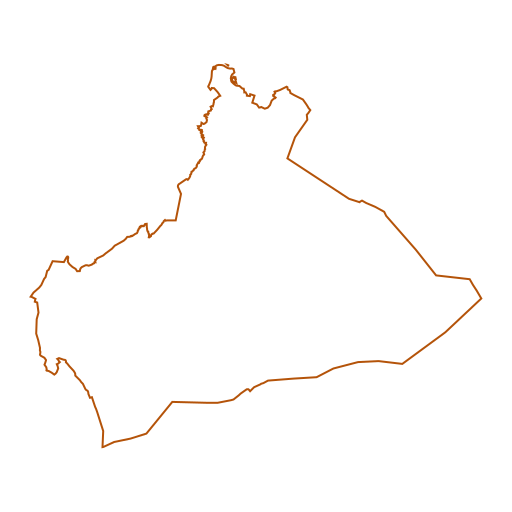 Melhus nor, Sør-Trøndelag, Norway (Albers equal-area conic projection)
{"feature_id": "86288312B97150685823203", "entity_name": "Melhus nor", "entity_type": "district", "adm_level": 2, "iso_a3": "NOR", "parent_name": "Norway", "parent_adm1": "Sør-Trøndelag", "projection": "albers", "projection_center": [10.176, 63.18], "detail": "fine", "context": "isolated", "style": "outline", "palette": "amber", "viewbox_px": 512, "rotation_deg": 0, "n_neighbors": 0, "source": "geoboundaries", "source_scale": "gbopen_adm2", "svg_char_len": 5888}
<svg xmlns="http://www.w3.org/2000/svg" viewBox="0 0 512 512"><path d="M30.7,296.7L31.6,296.9L35.5,298.9L35.3,299.4L34.8,301.7L37.2,302.5L38.5,312.6L36.7,319.2L36.2,333.6L38.2,340.1L40.0,347.9L39.9,350.4L40.4,351.9L40.3,352.9L40.0,354.8L40.7,355.7L44.5,357.8L44.7,358.3L45.9,359.8L46.0,360.3L45.2,362.9L44.5,364.7L46.3,367.3L46.7,369.4L46.4,370.3L46.6,370.6L48.7,371.0L51.7,372.7L54.3,374.6L55.6,373.6L56.7,372.2L58.2,368.4L57.6,366.0L56.8,364.2L58.0,363.7L59.8,362.1L59.0,361.3L58.1,359.7L57.3,358.9L59.0,358.1L63.6,359.7L65.0,359.9L65.7,360.4L66.0,361.4L65.9,362.3L67.2,363.5L69.5,366.4L73.6,370.8L74.8,372.7L75.2,373.7L75.3,375.6L79.9,380.2L81.2,382.1L82.9,383.8L85.3,388.9L86.1,389.9L87.6,390.8L88.2,392.1L88.4,393.9L90.0,397.8L91.9,397.2L95.1,406.8L96.1,409.0L97.2,412.1L103.2,431.0L102.5,447.1L103.5,446.9L114.1,442.0L130.5,438.6L146.4,433.6L172.3,401.9L207.1,402.8L217.6,402.8L231.0,400.2L233.5,399.5L238.8,395.3L240.6,393.6L246.7,389.3L248.2,389.2L248.8,389.6L250.1,391.2L254.1,387.2L260.5,384.3L261.0,383.8L263.4,383.1L268.0,380.6L293.5,378.6L316.6,377.2L333.4,368.5L358.0,362.1L378.6,361.1L402.3,363.9L445.3,332.3L481.3,298.5L476.8,290.8L472.9,284.8L469.7,279.2L436.1,275.4L415.8,249.7L386.2,215.9L384.2,211.8L375.3,206.9L366.2,203.0L362.0,200.6L360.0,201.7L359.6,202.2L349.0,198.8L287.4,158.4L295.0,137.3L307.3,119.8L306.8,114.8L308.5,112.8L310.3,110.1L308.3,107.7L308.0,107.0L306.3,104.3L302.9,99.5L294.1,95.1L290.4,93.0L290.3,92.1L289.9,91.3L289.8,90.4L289.3,90.0L287.9,89.6L287.6,89.2L287.4,87.2L286.6,86.7L280.0,90.0L276.4,91.3L275.2,91.3L274.5,91.7L275.2,93.1L274.6,94.0L273.1,95.0L273.1,95.3L273.3,95.6L273.3,96.0L274.1,96.2L274.1,96.3L274.6,96.7L274.6,97.1L275.6,97.6L275.2,98.2L273.9,98.6L271.7,100.6L270.0,105.1L267.7,107.7L264.8,108.7L261.2,107.0L260.3,107.4L259.1,107.6L256.8,104.4L252.3,102.7L254.5,95.6L250.2,94.2L249.9,96.1L246.9,95.7L247.0,94.7L245.6,92.3L244.3,92.4L244.3,91.4L243.7,88.7L242.4,88.6L239.5,86.0L236.3,85.6L235.4,85.1L233.8,83.9L231.6,81.8L231.2,80.8L231.0,79.6L231.0,79.3L230.8,78.4L231.2,76.3L232.1,74.5L234.4,72.5L233.5,69.0L231.9,68.5L230.1,68.6L227.8,68.1L226.3,67.3L223.9,65.7L222.0,65.1L218.8,64.9L216.9,65.3L215.5,66.2L215.2,66.7L215.3,66.9L215.0,67.4L215.0,68.1L215.1,68.3L215.6,68.2L215.6,68.4L215.5,68.8L215.1,68.6L214.9,68.2L214.9,67.1L214.7,66.7L213.9,66.7L213.2,67.1L213.1,67.6L213.5,67.3L213.6,67.6L213.4,67.9L213.6,68.1L213.9,67.5L214.1,67.5L214.2,68.9L214.1,69.1L213.6,69.2L213.9,68.6L213.9,68.2L213.5,68.1L213.3,69.0L212.1,70.6L211.9,71.5L211.6,76.5L211.3,78.5L210.6,81.0L208.8,85.4L208.3,86.2L208.2,86.7L210.5,89.9L211.3,89.1L211.7,88.5L211.8,88.0L214.1,88.2L217.7,92.2L220.2,95.8L218.2,96.7L217.6,97.5L214.0,100.0L213.9,102.4L213.5,103.2L213.6,103.8L212.9,106.3L212.0,106.0L210.6,106.7L211.7,109.1L211.0,109.5L210.9,110.5L208.3,111.4L208.2,112.7L207.8,113.5L208.6,113.6L207.9,114.8L206.4,114.3L205.5,114.5L204.6,115.0L204.4,115.4L204.4,116.1L204.6,116.2L205.4,116.0L206.7,117.1L206.4,117.5L206.8,117.6L206.3,118.2L206.3,118.4L207.0,120.0L206.5,122.1L204.5,123.7L203.5,124.0L201.5,122.7L201.1,125.2L200.7,126.1L197.9,126.2L198.3,127.0L198.9,127.6L198.8,127.9L198.2,128.4L199.3,129.4L199.4,129.6L199.4,130.1L200.1,130.3L200.9,129.7L201.9,130.0L201.9,130.3L201.1,130.7L201.0,131.3L202.2,131.4L202.3,131.6L202.2,132.1L201.9,132.6L200.9,133.1L201.8,134.2L202.5,134.7L201.6,135.1L201.5,135.4L201.6,135.7L202.3,135.7L202.6,135.4L203.1,135.9L202.6,136.5L201.8,136.8L201.7,137.1L202.0,137.4L203.1,137.6L202.6,138.1L202.7,138.3L203.6,138.2L203.1,139.3L203.1,139.6L203.7,140.2L203.7,140.8L203.9,141.0L203.6,141.3L204.5,142.8L206.0,142.8L205.7,144.2L206.4,144.6L206.4,144.8L205.9,145.4L205.1,146.7L204.9,148.3L205.2,149.0L204.7,149.8L204.5,151.4L203.4,152.4L204.2,154.3L204.1,154.6L203.4,155.1L203.0,155.7L202.5,156.9L202.4,157.5L201.9,158.8L201.2,159.1L200.9,159.7L200.1,160.0L200.0,160.4L199.7,160.6L199.9,161.1L199.4,161.9L198.8,162.1L198.8,162.9L198.1,162.8L198.0,163.4L197.6,163.7L196.8,165.1L196.9,165.5L196.6,165.9L196.8,166.5L196.5,167.1L195.6,168.2L194.5,168.6L193.8,169.4L193.8,169.9L193.5,170.4L193.1,170.5L192.4,171.4L191.5,171.7L191.4,172.0L191.5,172.5L191.2,173.4L191.2,173.9L190.2,174.8L190.3,175.7L190.0,176.6L189.3,177.9L188.3,179.3L187.9,179.3L187.7,179.7L186.9,179.1L186.2,179.2L178.7,184.3L178.0,185.4L177.9,186.8L181.0,193.9L175.7,220.4L167.0,220.4L165.6,220.7L165.0,220.0L163.7,221.2L163.4,222.3L162.2,223.3L161.8,224.3L161.1,225.3L160.5,225.7L157.2,229.8L153.6,233.6L152.6,233.6L152.2,234.1L151.7,234.2L151.1,235.1L151.0,236.1L149.3,237.4L148.8,237.3L149.0,236.3L149.1,234.3L148.7,234.0L148.7,233.4L148.2,232.6L148.2,231.6L147.6,231.3L147.1,229.7L147.1,228.8L146.8,227.2L146.7,223.8L145.1,224.0L144.7,224.7L144.8,224.9L143.8,226.2L143.4,226.2L143.0,225.8L142.0,226.3L141.7,225.8L141.0,225.9L140.5,226.5L140.3,227.3L139.7,227.0L139.0,228.7L138.7,229.0L138.8,229.1L138.3,230.1L137.8,230.5L137.8,231.2L137.7,231.7L136.9,233.2L135.1,234.0L133.2,235.4L131.4,235.9L131.6,236.2L129.4,236.8L127.2,236.9L125.8,238.8L123.7,240.7L114.7,245.7L112.0,248.7L105.5,253.5L103.2,255.5L97.3,258.3L95.8,260.1L95.6,260.6L95.3,260.4L95.3,261.4L95.1,261.9L95.2,262.1L94.6,262.0L94.3,262.3L94.3,263.1L93.6,263.6L92.6,263.8L91.9,264.6L88.7,265.7L86.9,265.2L85.5,265.3L81.8,267.1L80.7,268.2L80.2,269.2L79.8,271.1L77.1,271.2L75.6,268.9L72.5,267.0L69.5,264.3L68.2,262.4L67.8,261.6L68.0,260.5L67.8,259.5L68.2,258.0L68.2,257.1L67.9,256.6L67.3,256.5L66.5,257.4L63.9,262.1L52.6,261.2L48.6,269.9L47.2,270.8L45.6,277.1L44.1,278.9L41.3,285.0L39.2,287.6L33.5,292.6L30.7,296.7ZM235.4,77.2L234.8,77.3L233.9,76.8L233.4,77.9L233.1,78.0L233.0,77.8L232.7,78.2L233.0,77.5L232.8,77.1L232.8,76.6L232.7,77.3L232.1,78.3L232.1,79.7L232.3,80.6L233.4,81.9L233.9,82.2L233.7,82.1L233.8,82.2L234.0,82.3L234.1,82.0L236.3,83.0L234.9,78.2L235.7,78.5L235.4,77.2ZM227.4,64.9L228.1,65.6L229.0,65.7L227.8,65.0L227.4,64.9Z" fill="none" stroke="#b45309" stroke-width="2"/></svg>